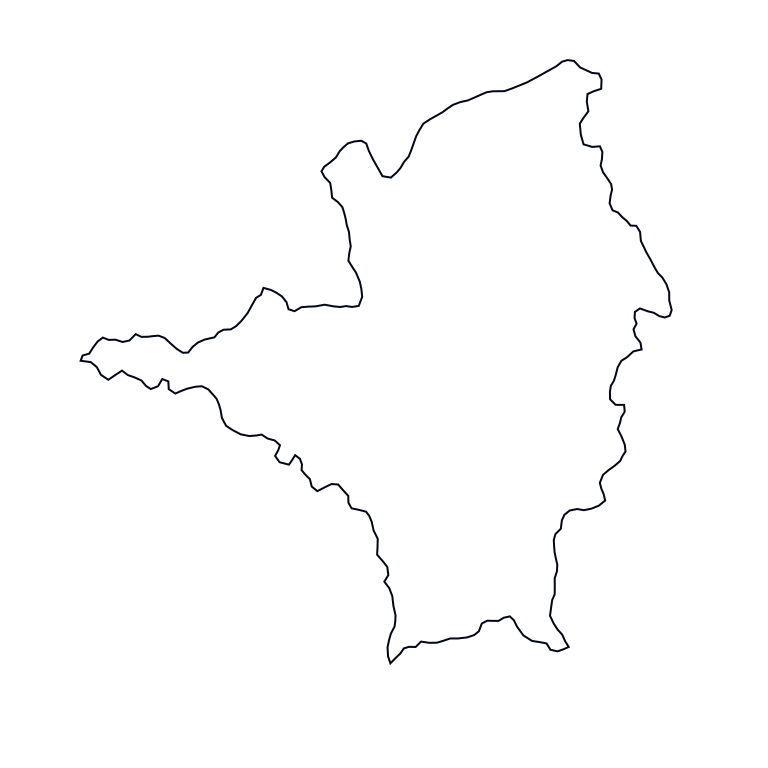 the district of Sete Lagoas, Minas Gerais, Brazil, rotated 351°
{"feature_id": "56859067B67283599101472", "entity_name": "Sete Lagoas", "entity_type": "district", "adm_level": 2, "iso_a3": "BRA", "parent_name": "Brazil", "parent_adm1": "Minas Gerais", "projection": "orthographic", "projection_center": [-44.272, -19.446], "detail": "fine", "context": "isolated", "style": "outline", "palette": "ink", "viewbox_px": 768, "rotation_deg": 351, "n_neighbors": 0, "source": "geoboundaries", "source_scale": "gbopen_adm2", "svg_char_len": 4094}
<svg xmlns="http://www.w3.org/2000/svg" viewBox="0 0 768 768"><g transform="rotate(351 384 384)"><path d="M423.1,181.2L415.0,178.5L411.7,169.6L408.2,160.3L405.5,151.4L404.1,143.7L399.6,140.2L392.8,139.8L386.1,140.7L381.1,143.7L376.6,147.2L372.0,152.7L365.1,156.9L358.9,160.1L355.5,164.2L357.7,170.4L362.3,177.0L362.3,184.2L361.9,191.9L367.0,197.2L370.6,202.9L371.5,209.4L372.0,214.8L372.1,221.3L373.2,228.5L372.7,235.9L372.7,242.8L370.2,249.3L368.1,256.7L370.6,262.5L373.8,269.8L376.1,279.1L376.5,286.6L376.1,294.5L371.3,302.9L364.5,302.9L358.7,301.1L352.8,301.1L346.3,299.4L337.8,296.4L328.3,296.6L321.8,295.8L314.3,295.2L307.0,298.1L301.4,295.2L300.5,288.0L296.9,281.5L291.7,276.8L287.0,273.4L280.0,270.2L276.4,276.7L271.1,278.9L266.3,285.0L260.4,292.6L253.1,299.3L247.2,303.6L241.2,306.1L234.0,305.3L228.4,307.2L223.8,311.4L214.0,312.0L206.8,313.9L200.9,317.3L195.5,322.3L190.2,321.7L184.9,317.0L180.1,311.3L174.5,304.2L168.9,301.0L163.8,300.6L158.4,300.4L151.7,299.5L146.6,295.9L139.4,301.2L132.4,301.6L125.6,298.2L119.1,297.4L113.6,294.2L108.0,297.1L102.6,302.2L97.6,307.9L90.8,308.7L88.0,313.6L97.8,316.5L103.0,322.4L105.9,330.7L112.4,336.7L120.6,332.8L127.3,329.8L132.4,335.1L138.2,338.2L145.0,342.6L148.7,348.8L152.9,352.5L160.4,350.9L165.8,344.4L171.4,347.7L170.6,355.4L176.4,360.8L182.4,359.2L189.1,357.8L197.2,357.2L203.7,357.7L209.6,361.8L212.9,366.9L216.3,372.3L217.8,378.5L218.5,384.0L218.6,392.2L221.5,400.6L227.1,405.7L234.6,411.3L242.8,414.3L250.0,414.9L255.2,414.8L260.6,419.7L267.1,422.6L271.7,428.2L269.1,433.0L265.2,438.0L268.6,444.9L277.5,448.8L281.2,444.9L285.1,440.4L289.3,444.8L290.4,450.6L289.1,456.2L291.9,460.9L295.9,466.4L296.6,474.0L301.4,479.4L310.2,476.5L316.5,474.6L323.0,476.1L327.6,483.5L331.2,488.9L330.3,495.7L332.5,501.7L339.1,504.2L346.3,507.3L348.9,512.2L350.3,518.3L350.8,527.0L353.6,535.9L352.0,544.5L350.5,551.5L355.6,559.7L358.6,565.2L358.4,573.4L353.4,579.3L357.3,586.5L359.0,594.8L358.6,604.9L359.2,614.4L358.1,619.8L356.5,625.2L351.7,631.7L348.9,637.8L346.3,644.6L345.4,653.5L346.6,660.9L352.5,656.5L357.9,652.8L362.3,648.2L367.6,647.5L374.1,648.7L380.3,644.2L388.1,646.7L395.9,647.8L402.4,646.9L409.5,645.7L417.2,646.9L426.3,647.3L433.8,646.1L439.0,643.1L443.1,635.9L449.0,633.9L454.4,635.0L460.1,635.9L465.7,633.6L471.9,633.2L475.3,637.6L477.5,644.6L482.3,654.1L490.0,660.9L497.7,663.4L504.0,665.7L506.8,672.5L513.5,675.2L519.7,674.1L525.3,672.6L522.7,666.5L520.8,659.4L517.1,653.8L514.2,647.3L511.7,638.9L514.0,631.2L516.3,623.7L519.7,618.4L521.0,610.6L522.2,602.6L525.5,596.1L526.9,589.5L526.4,582.3L526.2,576.8L526.6,571.1L527.3,564.6L529.8,559.1L536.0,554.6L538.4,546.4L541.8,541.3L547.7,538.0L555.2,537.7L561.7,539.9L569.2,539.6L577.1,537.8L584.2,533.7L583.7,527.0L582.3,521.4L581.7,515.4L586.1,508.0L592.3,504.2L599.1,500.8L605.2,497.0L608.3,492.5L612.0,488.4L612.3,481.5L610.3,472.7L607.8,465.1L610.9,459.5L613.1,454.1L617.4,449.0L617.9,442.2L609.5,440.8L604.9,434.5L605.9,427.1L607.8,421.2L611.5,416.9L614.3,411.3L617.4,404.1L622.1,398.2L628.2,395.6L635.4,390.8L643.8,390.2L643.8,383.3L639.8,376.2L639.0,369.0L642.9,364.0L641.8,358.0L643.1,352.1L648.6,349.4L655.6,353.3L661.7,355.9L666.4,359.9L671.6,362.2L676.9,361.3L679.7,355.9L678.8,346.1L680.0,338.1L678.6,329.7L675.5,322.3L671.9,317.3L669.3,310.7L666.8,303.1L663.7,294.9L662.1,289.4L660.1,283.0L660.7,273.8L657.9,267.2L652.3,266.1L649.4,261.1L645.3,256.3L641.9,251.2L636.9,248.2L635.1,240.8L637.4,233.0L639.7,227.7L639.6,222.1L636.9,216.1L633.5,209.2L632.1,202.1L634.4,196.1L636.0,189.0L634.4,183.0L626.7,182.4L618.6,178.5L617.4,168.7L618.1,157.5L622.6,152.4L628.5,146.7L628.5,136.6L630.4,129.4L636.8,127.7L644.7,126.4L646.5,117.3L644.7,111.0L638.1,109.3L631.9,105.1L627.3,102.1L622.1,94.6L615.9,92.8L610.3,93.5L604.0,97.1L583.9,104.5L572.3,108.5L556.3,112.2L548.8,113.6L537.2,111.9L531.0,111.9L524.2,113.6L517.9,115.3L511.3,117.0L503.4,117.5L495.7,119.1L490.1,121.7L484.6,124.6L478.5,126.9L470.9,129.7L463.6,133.0L458.6,138.9L454.6,144.2L450.7,151.4L447.1,158.0L443.9,163.3L438.6,167.7L434.2,173.1L429.7,177.0L423.1,181.2Z" fill="none" stroke="#020617" stroke-width="2"/></g></svg>